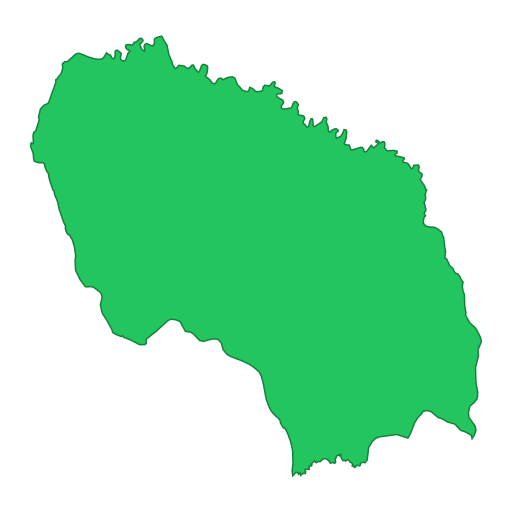 Lakhonepheng, Saravan, Laos
{"feature_id": "54806243B33951699195054", "entity_name": "Lakhonepheng", "entity_type": "district", "adm_level": 2, "iso_a3": "LAO", "parent_name": "Laos", "parent_adm1": "Saravan", "projection": "equal_earth", "projection_center": [105.622, 15.821], "detail": "fine", "context": "isolated", "style": "filled", "palette": "green", "viewbox_px": 512, "rotation_deg": 0, "n_neighbors": 0, "source": "geoboundaries", "source_scale": "gbopen_adm2", "svg_char_len": 5928}
<svg xmlns="http://www.w3.org/2000/svg" viewBox="0 0 512 512"><path d="M472.1,438.6L474.3,435.0L475.6,431.7L475.9,429.5L474.8,425.6L469.0,417.5L468.4,413.3L469.7,406.4L474.9,401.8L477.0,398.8L477.5,396.9L477.7,392.3L475.9,381.9L475.5,367.4L478.5,355.6L477.9,350.1L481.1,342.4L481.3,340.6L479.9,336.2L476.6,329.7L475.0,327.6L469.9,322.9L466.3,316.8L465.5,314.5L466.0,313.1L464.8,306.6L464.4,294.6L463.2,291.7L462.3,286.9L462.7,284.9L462.4,283.6L463.2,282.4L461.7,280.5L460.2,277.2L458.7,275.0L457.4,273.6L455.6,273.3L454.0,271.1L453.1,268.7L449.2,265.1L448.5,262.5L447.3,260.9L446.9,259.3L444.8,257.7L445.6,251.0L444.9,248.2L443.6,237.2L442.4,235.1L441.5,232.0L437.8,229.0L434.6,227.3L429.4,227.0L425.9,226.1L423.3,223.3L423.7,218.2L425.5,215.7L424.1,213.4L425.7,210.6L425.9,209.4L424.1,202.5L425.7,198.9L425.3,194.3L426.6,189.7L425.8,189.4L424.5,185.7L420.6,180.4L420.5,179.0L421.9,176.4L422.1,174.4L421.5,173.4L418.8,171.6L418.5,170.1L419.2,167.2L418.5,165.0L413.8,165.3L412.9,168.0L411.3,168.7L408.4,164.0L406.1,162.7L403.4,162.4L403.0,161.9L402.8,161.0L404.4,158.6L404.1,157.8L395.0,155.6L395.0,154.5L397.2,152.7L397.1,151.1L393.2,150.4L387.5,150.8L386.7,150.4L384.6,147.9L384.9,143.4L384.0,141.7L383.0,141.6L380.3,142.9L377.7,140.5L376.4,140.3L375.7,141.6L377.8,143.1L378.0,144.1L374.1,147.6L373.2,147.5L371.2,145.3L367.1,151.0L365.8,151.8L364.2,151.8L363.4,148.6L362.0,147.4L360.4,147.4L353.0,149.8L350.9,149.7L349.2,145.1L345.4,144.7L344.3,143.4L346.3,138.0L346.7,131.8L346.1,130.0L344.1,129.6L342.7,133.2L340.5,136.5L336.4,138.2L335.8,136.5L335.7,133.9L336.5,132.3L338.1,131.3L338.2,130.3L336.6,128.9L335.0,128.8L331.9,130.2L330.1,131.8L328.9,131.8L328.3,130.4L328.1,126.7L326.3,122.1L326.8,119.0L326.7,118.1L326.0,117.3L323.7,117.7L321.9,121.9L314.3,126.8L313.2,125.7L312.7,119.5L312.0,118.6L311.1,118.7L309.6,122.0L308.8,126.2L308.1,127.1L307.1,127.1L303.1,122.9L303.2,121.6L304.9,118.5L304.0,116.4L302.9,115.7L298.8,115.0L298.2,114.3L298.2,111.1L297.2,108.1L298.4,104.7L296.9,102.4L295.7,101.6L294.2,101.9L292.9,103.9L291.9,106.9L290.9,108.0L284.6,109.0L283.0,108.9L281.4,107.9L281.1,106.2L283.6,102.9L283.4,101.3L281.8,99.3L279.9,98.8L276.8,96.6L276.4,95.4L277.6,93.8L281.2,93.8L281.8,93.3L282.4,90.9L279.0,88.5L274.4,86.6L274.4,85.3L275.2,83.3L275.0,82.4L274.3,81.8L273.1,82.0L271.7,83.3L269.7,86.0L264.6,85.3L263.2,87.0L262.5,90.2L261.7,91.1L257.4,91.7L255.8,91.4L252.4,88.4L249.7,87.4L248.8,90.8L247.6,91.5L246.0,91.5L242.1,90.1L240.3,87.6L237.3,84.5L234.9,78.2L232.5,76.8L228.0,77.4L222.8,79.7L221.3,78.2L219.2,78.4L217.9,79.3L215.4,83.4L214.2,83.7L212.5,83.4L209.6,79.5L205.3,76.3L207.2,72.5L207.7,67.2L207.0,65.6L204.3,64.5L203.0,64.4L201.6,65.6L199.6,71.0L198.4,72.4L195.1,68.9L193.7,65.4L193.0,64.9L191.7,65.3L189.6,67.7L187.9,68.5L186.7,68.2L184.3,66.1L179.1,65.3L178.3,65.7L176.6,68.1L175.4,68.7L172.5,64.6L172.1,62.2L168.8,54.3L167.0,45.2L164.3,41.2L162.3,37.0L161.2,36.2L157.2,37.3L154.8,38.6L154.3,39.8L154.4,42.9L153.5,45.6L151.0,45.5L146.9,43.6L145.5,43.9L144.6,44.8L144.1,46.4L144.8,50.8L144.4,51.3L142.0,49.6L140.0,45.3L140.0,44.2L143.0,41.0L142.8,39.9L141.3,38.2L139.2,38.8L136.3,42.0L134.2,42.2L132.5,45.1L128.2,44.5L126.2,44.9L125.5,46.1L125.9,47.8L126.9,49.2L129.6,50.8L129.8,51.4L127.9,53.3L126.1,59.0L124.5,61.0L122.2,60.7L120.7,59.5L120.5,57.9L121.2,53.3L117.5,50.3L116.1,50.3L115.3,51.2L115.0,56.1L114.6,58.0L113.9,58.7L112.1,58.2L110.4,55.0L108.8,54.8L106.6,52.8L103.4,57.9L101.6,59.0L98.3,59.3L95.1,59.0L88.7,57.1L79.5,53.4L77.6,53.4L75.3,54.4L67.5,61.5L64.9,61.6L62.8,63.3L62.3,64.3L62.8,67.6L61.9,71.3L60.9,73.9L58.1,77.2L57.5,78.7L55.9,79.5L55.7,82.8L48.8,102.1L48.2,103.3L44.0,105.2L40.4,109.1L38.5,117.1L39.3,119.9L35.6,131.1L33.9,132.3L33.3,134.1L33.0,135.9L33.4,142.8L33.1,143.7L31.3,142.8L30.7,144.5L30.9,147.1L33.2,153.3L33.7,159.7L34.5,161.4L35.8,161.8L38.7,162.7L42.6,162.7L44.3,163.5L45.1,167.3L46.8,171.4L48.8,174.2L48.7,176.2L49.8,180.9L53.0,190.0L54.1,191.3L54.6,194.4L57.6,201.7L59.1,209.1L63.4,221.5L65.7,226.7L65.3,228.1L66.0,231.0L67.1,233.4L68.2,234.6L69.3,234.9L72.1,239.4L73.0,242.0L74.4,247.0L75.7,255.8L75.1,260.4L75.5,269.5L76.1,271.6L80.4,280.1L85.0,286.3L86.0,286.9L90.8,286.6L93.2,287.1L99.5,291.6L101.0,293.3L102.0,296.2L101.9,298.6L100.4,304.5L101.7,311.3L102.8,314.1L106.5,319.7L111.9,329.6L112.7,332.5L115.9,334.4L121.4,336.6L122.3,335.7L123.8,337.3L130.2,339.8L139.5,344.6L144.2,344.7L146.2,343.7L146.2,340.3L146.9,338.6L156.0,331.5L167.7,320.7L170.8,319.2L176.1,319.8L180.0,321.5L185.4,331.3L190.9,332.2L193.8,334.3L199.4,340.3L203.3,341.4L212.1,339.0L217.2,339.1L219.0,340.3L221.3,343.0L223.2,349.8L227.1,354.4L230.8,356.6L240.7,360.3L249.8,364.5L254.2,367.6L259.5,372.3L261.3,376.1L263.2,383.0L266.2,399.2L268.8,406.3L271.0,410.7L273.5,413.9L278.8,418.7L280.2,420.8L280.4,422.9L283.1,427.4L283.7,428.1L284.7,428.1L285.7,429.5L287.7,433.5L290.6,441.6L292.6,450.3L293.0,463.5L292.1,470.3L292.7,475.8L296.2,472.2L297.7,472.7L298.5,474.3L300.1,472.7L300.7,475.4L302.9,473.5L305.3,473.5L305.8,471.7L304.8,470.8L305.0,469.3L309.2,469.4L309.1,466.2L311.7,465.8L311.9,464.8L311.3,464.5L311.3,463.7L314.9,460.9L315.8,462.5L316.7,462.6L318.1,461.6L320.2,461.6L323.2,459.0L325.1,458.6L327.0,459.2L328.1,460.3L328.8,460.1L329.2,461.6L330.4,463.2L332.4,462.4L334.7,463.3L335.6,462.3L335.2,458.7L336.1,457.8L336.4,456.2L338.5,454.9L339.4,455.7L340.4,454.2L340.9,454.6L340.9,457.1L342.2,459.8L343.2,460.7L344.6,460.4L345.7,461.1L347.2,459.7L349.1,460.4L349.9,462.0L351.4,462.6L352.8,464.3L352.1,465.8L352.8,466.1L353.4,465.5L354.3,467.4L355.2,467.2L356.9,465.2L359.7,465.9L360.3,465.4L360.4,463.5L360.9,463.0L363.5,462.2L364.8,462.8L366.9,460.5L367.3,459.3L368.6,447.7L372.1,441.7L375.8,438.2L379.7,436.8L396.8,434.5L407.9,438.1L410.5,433.4L414.7,422.7L417.7,417.8L421.2,414.2L423.4,411.1L427.7,410.6L431.3,411.7L438.2,417.6L442.5,418.9L447.8,422.1L454.9,424.1L460.6,430.3L465.4,431.9L471.3,435.3L472.1,438.6Z" fill="#22c55e" stroke="#15803d" stroke-width="1.5"/></svg>